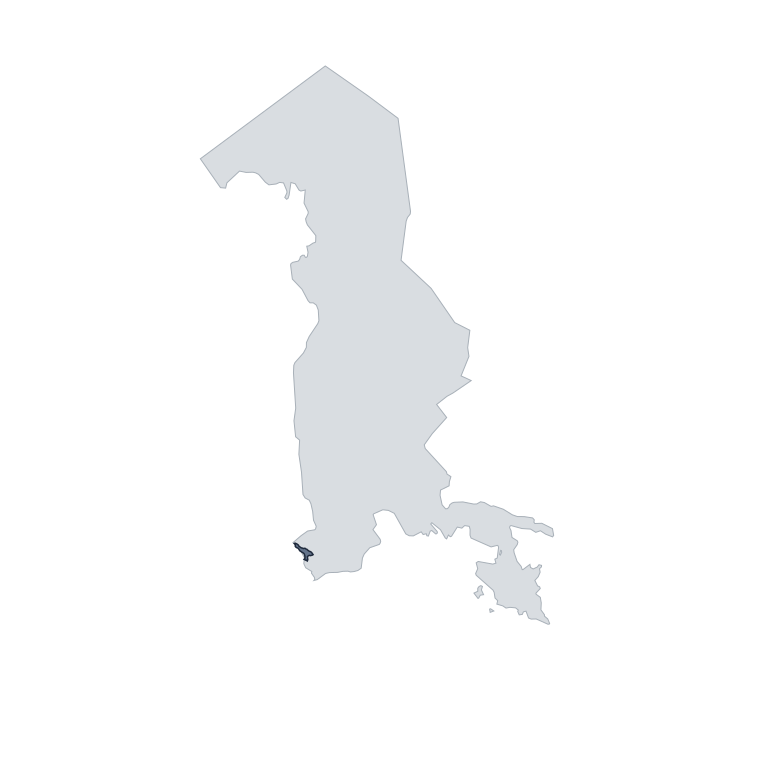 Muzrabad, Surkhandarya, Uzbekistan shown in context, rotated 51°
{"feature_id": "79887680B13108405395902", "entity_name": "Muzrabad", "entity_type": "district", "adm_level": 2, "iso_a3": "UZB", "parent_name": "Uzbekistan", "parent_adm1": "Surkhandarya", "projection": "natural_earth1", "projection_center": [66.881, 37.423], "detail": "fine", "context": "in_parent", "style": "filled", "palette": "slate", "viewbox_px": 768, "rotation_deg": 51, "n_neighbors": 0, "source": "geoboundaries", "source_scale": "gbopen_adm2", "svg_char_len": 4481}
<svg xmlns="http://www.w3.org/2000/svg" viewBox="0 0 768 768"><g transform="rotate(51 384 384)"><path d="M591.6,349.0L602.4,344.1L608.4,347.4L608.9,349.2L602.4,352.9L596.5,354.8L594.8,359.4L589.0,361.4L583.1,367.8L573.9,374.4L573.8,375.7L574.6,376.8L577.7,377.5L583.8,381.1L589.7,379.1L591.2,379.5L592.7,381.6L594.4,387.5L597.1,389.1L605.6,392.2L612.0,392.2L615.2,393.4L615.7,392.9L616.0,384.1L618.7,385.6L621.6,384.5L622.7,380.1L622.0,377.3L624.1,375.7L625.2,376.7L625.4,379.4L628.5,381.1L630.8,385.4L631.6,390.4L637.5,391.7L639.6,390.7L641.3,391.3L642.2,397.6L643.1,398.1L648.2,396.8L653.0,399.5L658.3,404.2L664.2,404.5L665.4,405.4L669.6,404.6L674.4,406.0L674.6,406.7L673.8,407.8L662.4,413.6L659.3,417.6L656.8,418.9L649.9,416.6L648.8,419.1L650.1,421.5L648.5,424.2L644.9,423.2L644.2,421.9L640.8,422.6L636.8,426.7L634.9,430.2L631.2,431.3L626.1,434.8L623.9,432.0L620.2,432.4L615.2,429.5L612.8,429.0L590.7,432.7L589.0,432.1L586.5,427.4L581.0,424.9L581.2,422.5L592.4,412.8L593.7,409.8L589.9,408.1L590.5,405.5L583.0,397.7L581.7,397.2L580.7,397.5L578.0,403.3L558.5,413.3L555.6,412.3L551.2,408.6L548.3,407.3L544.8,410.4L545.0,414.2L541.3,417.1L544.8,427.3L544.4,428.6L541.9,429.0L543.8,432.8L542.2,433.3L532.8,431.8L521.9,434.1L522.2,435.8L532.0,435.5L533.3,436.2L533.5,437.4L533.0,438.2L527.9,439.1L527.4,440.7L530.1,445.2L528.9,446.2L527.0,445.4L525.6,448.3L522.3,448.1L520.5,456.8L517.8,459.9L514.2,461.4L491.0,457.4L485.0,460.1L481.0,464.1L478.4,473.6L478.7,474.7L488.6,478.4L490.2,484.2L502.2,484.7L504.2,485.6L505.2,487.0L505.7,488.6L502.3,498.1L503.7,506.4L505.7,510.3L512.8,517.7L512.5,521.7L510.9,525.3L508.9,528.4L506.8,529.8L503.8,533.7L501.2,538.6L496.2,545.1L494.5,548.6L494.0,559.0L492.6,562.1L492.4,560.9L490.6,559.8L485.3,559.4L484.3,558.1L477.5,560.5L473.2,559.4L468.9,555.2L460.6,553.6L450.0,554.6L449.7,543.8L450.2,535.9L453.7,529.6L453.6,528.4L451.9,526.2L445.5,524.5L438.1,519.6L431.2,516.2L427.3,515.2L422.9,517.0L418.9,516.5L400.6,503.6L385.1,494.4L374.5,484.9L369.4,485.9L355.9,477.1L347.2,467.8L318.3,447.3L312.7,442.3L311.3,439.7L309.2,427.1L306.7,421.3L303.0,418.2L300.0,412.2L295.4,397.4L293.8,394.7L285.1,388.5L280.2,386.9L276.4,387.9L274.4,390.4L271.5,390.6L258.8,388.1L244.8,389.2L232.7,381.7L231.9,380.5L232.0,378.4L234.5,373.4L234.1,371.2L232.5,368.9L232.6,366.4L233.7,365.0L236.0,365.4L236.8,364.5L236.6,363.2L233.8,360.1L228.3,357.3L229.4,355.4L229.8,350.6L230.7,348.1L230.0,347.2L225.8,343.6L212.1,343.4L208.9,342.4L206.3,341.0L203.8,335.7L202.5,334.5L193.1,332.3L183.7,323.1L181.7,327.2L179.8,328.0L172.5,327.0L168.8,329.5L177.5,338.9L179.3,341.7L179.2,343.4L176.6,343.7L174.4,339.2L172.9,338.0L164.5,335.5L161.6,338.3L160.7,341.9L156.8,348.1L152.5,349.2L142.2,349.5L139.1,350.9L136.9,352.6L132.8,358.0L127.6,362.3L128.8,379.5L132.1,383.8L128.5,387.5L93.4,385.0L99.9,229.5L150.4,215.0L186.4,205.9L266.6,254.8L268.4,256.7L269.4,261.0L271.4,264.3L298.6,292.9L339.4,287.2L380.8,290.4L396.3,283.5L408.4,296.1L416.0,300.6L426.2,319.0L436.2,314.1L434.4,336.1L433.2,342.8L433.0,356.0L449.5,356.4L452.9,377.6L456.6,391.0L460.1,392.6L491.3,390.7L493.7,391.7L498.1,390.3L501.0,394.6L504.1,397.5L502.0,406.8L505.8,410.5L514.5,414.9L519.8,414.7L520.8,413.1L520.5,411.0L519.2,408.7L519.3,405.9L520.1,403.9L525.3,396.9L533.7,389.9L535.6,387.4L536.3,383.1L539.3,380.6L546.5,377.8L547.6,375.6L556.4,370.1L566.4,366.6L570.9,363.8L575.3,358.5L581.6,352.8L584.1,352.7L585.8,354.5L587.3,354.6L591.6,349.0ZM590.2,401.4L589.0,398.6L587.5,397.6L586.7,398.0L589.2,401.5L590.2,401.4ZM609.7,445.9L603.1,445.7L604.1,441.6L601.7,439.6L601.2,437.5L601.7,435.6L603.3,434.9L605.3,437.9L610.4,439.2L608.7,442.1L610.0,445.2L609.7,445.9ZM629.5,441.5L628.3,445.2L625.4,443.6L625.8,442.6L629.5,441.5Z" fill="#d9dde1" stroke="#a8b0b8" stroke-width="1"/><path d="M472.6,553.8L470.0,552.2L469.9,551.1L470.1,549.9L471.1,549.2L472.0,547.1L472.0,546.5L470.0,546.3L468.2,546.5L467.0,547.3L464.8,547.9L464.0,547.9L463.1,548.5L461.9,548.8L461.0,550.4L460.4,550.5L459.3,551.4L457.6,551.9L456.6,552.2L455.3,551.9L453.3,552.4L451.7,553.3L451.5,554.1L452.5,554.0L453.2,554.2L453.7,554.5L453.9,554.8L454.0,554.9L454.3,555.1L454.9,555.1L455.6,555.1L456.1,554.9L456.7,554.6L457.1,554.3L457.4,554.2L458.3,554.1L459.4,554.2L460.3,554.4L460.7,554.4L461.4,554.1L462.2,553.9L463.5,553.5L464.3,553.2L464.7,553.0L465.5,552.9L466.0,553.0L467.7,553.6L468.6,554.3L469.4,554.8L469.9,555.4L469.9,555.8L470.0,556.5L473.2,555.0L472.3,554.2L472.6,553.8Z" fill="#64748b" stroke="#1e293b" stroke-width="1.5"/></g></svg>